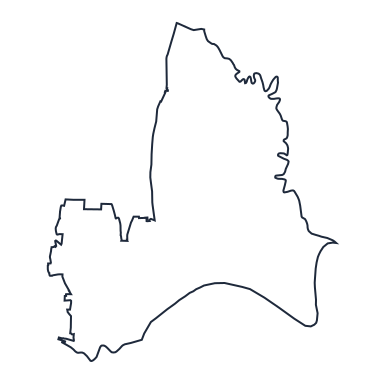 outline of Galati, Galati, Romania
{"feature_id": "2599482B19472284697606", "entity_name": "Galati", "entity_type": "district", "adm_level": 2, "iso_a3": "ROU", "parent_name": "Romania", "parent_adm1": "Galati", "projection": "orthographic", "projection_center": [28.069, 45.5], "detail": "fine", "context": "isolated", "style": "outline", "palette": "slate", "viewbox_px": 384, "rotation_deg": 0, "n_neighbors": 0, "source": "geoboundaries", "source_scale": "gbopen_adm2", "svg_char_len": 5786}
<svg xmlns="http://www.w3.org/2000/svg" viewBox="0 0 384 384"><path d="M141.8,339.8L144.2,333.5L150.9,322.0L156.0,318.2L167.3,309.2L175.1,303.6L179.3,300.1L185.2,296.3L189.7,292.9L193.3,291.3L196.2,289.2L200.1,287.5L204.0,285.5L214.9,283.2L224.6,283.0L242.1,286.9L250.0,289.1L264.5,297.7L279.3,307.9L294.3,318.7L305.3,325.8L310.8,326.4L314.3,324.7L316.2,322.8L316.9,320.4L317.6,313.2L315.9,304.8L316.0,299.8L314.9,287.3L314.7,282.8L314.9,279.6L315.7,268.5L316.6,262.5L317.9,257.0L319.1,254.1L320.5,251.3L323.3,247.0L327.7,243.4L332.8,242.6L336.2,243.0L334.4,241.4L332.7,240.3L327.3,238.0L321.5,236.7L318.9,235.8L315.4,234.8L311.6,233.6L309.0,231.3L308.6,230.8L307.9,229.1L307.6,227.6L307.5,225.4L307.1,223.6L306.3,221.4L305.3,219.5L304.9,219.0L302.2,217.5L301.6,216.6L300.2,205.8L299.2,200.7L298.5,198.8L297.6,196.7L294.6,191.7L294.0,190.9L293.0,190.4L291.1,190.6L287.6,191.8L286.1,192.1L284.4,192.4L283.8,192.2L283.5,191.4L283.4,190.9L283.5,190.1L284.8,185.4L285.6,181.9L285.8,180.7L285.5,179.9L284.5,179.4L282.1,178.9L278.4,178.8L277.4,178.6L275.7,177.9L275.3,177.7L275.2,177.3L275.3,176.3L275.7,175.8L276.1,175.6L282.0,175.0L282.8,174.7L283.8,174.0L285.1,171.7L285.8,168.9L288.1,163.9L288.6,161.6L288.4,161.1L287.8,160.5L287.0,159.9L283.8,158.7L279.5,156.5L278.2,155.8L278.0,155.3L278.1,154.4L278.4,154.0L279.1,153.4L280.5,153.2L283.5,153.4L284.3,153.6L286.8,155.3L287.2,155.1L287.4,154.9L287.7,153.2L288.1,149.0L288.1,148.3L287.6,146.0L287.2,145.0L286.0,143.2L283.7,141.2L283.7,140.2L284.1,139.6L286.5,138.4L287.1,137.4L287.6,135.7L287.7,134.9L287.7,132.7L287.9,129.0L287.6,126.3L287.0,122.9L286.8,122.1L286.2,121.5L285.1,121.1L283.1,120.8L282.7,120.5L282.2,119.9L281.8,118.9L280.7,115.6L279.8,113.8L277.2,110.2L276.5,108.9L276.3,108.2L276.5,106.9L277.1,104.9L279.2,101.9L279.9,100.2L280.0,99.2L279.6,98.6L278.9,98.3L278.1,98.3L276.1,98.5L273.8,98.9L272.3,98.9L270.9,98.8L270.1,98.4L269.2,97.7L268.5,96.7L268.5,96.0L268.6,95.6L269.1,95.2L271.7,94.1L274.8,92.5L275.6,91.9L276.1,90.9L276.6,89.8L277.0,88.2L278.0,82.6L277.8,80.6L277.8,77.8L277.5,77.0L277.3,76.8L276.7,76.6L275.9,76.8L275.5,77.1L274.0,78.8L273.1,79.9L271.5,82.6L270.5,84.6L269.8,86.6L268.9,88.5L266.8,90.8L265.7,91.2L265.4,91.2L264.7,90.8L264.3,90.0L263.6,87.4L263.2,85.0L262.5,82.2L261.1,78.2L260.4,75.9L260.1,75.2L259.7,74.6L258.8,73.8L258.1,73.5L256.4,73.1L255.3,73.3L254.5,73.5L254.2,73.8L254.1,74.2L253.9,75.0L253.8,75.7L254.0,77.1L254.3,78.2L255.1,79.8L255.2,80.9L254.9,81.7L254.4,82.6L253.6,83.4L252.8,83.6L251.9,83.1L251.6,82.7L251.2,80.9L251.0,79.3L250.7,77.9L250.3,76.9L249.7,76.5L248.9,76.8L247.9,78.3L247.2,79.9L246.7,81.7L246.0,82.9L245.7,83.1L245.1,83.2L244.6,79.8L244.3,79.4L243.6,79.1L243.1,79.2L242.4,79.7L240.5,81.6L239.7,81.8L239.4,81.7L236.5,78.5L235.6,77.1L235.3,76.4L235.3,75.8L235.4,75.3L236.0,74.4L237.2,73.4L239.3,72.0L239.4,71.8L239.3,71.1L237.1,70.0L235.7,68.8L234.8,67.3L234.0,65.0L233.5,64.4L232.7,62.9L230.9,60.3L229.5,59.1L228.9,58.8L227.2,58.4L224.8,58.2L223.8,57.6L222.9,56.7L222.6,56.2L219.6,50.1L218.0,47.3L216.8,45.9L216.1,45.3L214.0,44.0L212.2,43.9L211.4,43.5L208.1,41.2L207.2,39.9L206.7,39.0L205.7,36.1L204.4,31.8L204.2,30.9L204.2,29.5L201.3,28.9L193.7,30.1L190.9,29.2L177.5,23.2L176.7,23.0L173.7,33.9L171.4,41.5L167.6,54.6L167.0,55.7L166.6,57.1L166.4,58.8L166.8,84.8L166.5,88.0L167.2,88.1L166.9,89.8L167.0,89.9L167.0,90.2L167.9,90.3L167.8,90.9L165.4,90.7L164.9,92.0L165.4,92.2L165.4,92.4L161.1,101.6L160.4,101.3L158.1,106.5L157.2,109.3L156.2,121.5L154.5,128.2L153.3,133.7L152.8,136.9L152.2,144.1L151.6,154.2L151.4,164.6L150.4,172.1L150.3,177.4L150.9,182.3L152.1,191.5L152.3,202.4L152.6,205.2L154.7,220.4L150.9,218.9L150.3,219.2L149.3,220.3L149.3,220.7L149.5,221.0L147.3,221.2L146.6,221.1L146.5,219.1L147.5,219.0L147.4,217.5L145.0,217.7L145.0,217.9L139.0,218.1L138.9,216.7L133.6,216.7L132.0,220.6L131.0,222.5L127.3,234.6L127.2,236.0L127.3,239.7L126.9,239.7L127.0,240.3L127.3,240.9L121.3,240.7L121.6,239.9L121.5,239.2L121.3,238.5L121.0,236.0L120.6,235.1L120.7,234.9L120.8,232.5L120.6,230.9L120.5,225.4L120.2,223.3L119.0,218.7L118.5,217.9L118.2,217.7L117.2,217.8L116.0,218.5L115.6,218.1L115.0,215.3L113.8,210.8L112.1,205.2L111.5,204.1L101.4,203.8L101.1,209.4L84.0,209.2L84.5,199.8L73.4,199.8L65.6,199.4L64.1,205.8L62.1,205.4L61.3,205.6L60.8,207.0L60.1,211.2L60.0,211.7L60.0,212.3L59.6,217.4L59.6,217.7L60.0,218.0L60.1,218.3L60.0,218.6L59.2,219.0L58.5,220.9L56.8,225.6L55.9,227.2L55.7,228.6L55.9,230.9L56.2,232.3L56.7,234.2L57.0,234.5L57.6,234.6L59.3,234.1L62.6,234.2L61.6,243.7L61.1,244.7L56.6,240.9L55.9,240.5L55.2,241.0L55.4,242.2L56.2,246.0L55.5,246.9L54.5,246.2L53.8,247.0L51.6,247.2L51.6,247.8L51.3,248.5L51.0,251.3L49.9,256.6L50.0,257.9L50.3,259.0L50.9,262.5L50.6,263.4L48.1,263.5L48.2,265.2L47.9,265.3L47.8,265.5L47.8,269.3L48.2,271.3L49.0,273.0L49.3,273.1L49.3,273.8L49.6,275.3L49.9,275.7L50.6,275.8L51.7,275.6L52.0,275.8L52.9,275.3L58.1,274.4L60.3,274.3L62.5,274.4L62.4,276.7L65.0,283.4L65.3,283.9L69.3,290.9L69.0,291.0L71.0,294.2L66.8,294.1L66.5,294.3L66.0,294.3L66.0,294.8L66.1,295.9L64.8,296.0L64.6,300.6L70.4,300.2L71.1,300.8L71.1,303.0L70.0,309.6L67.2,309.6L67.5,310.8L67.6,311.9L69.0,313.8L71.0,316.1L70.8,327.8L70.2,333.3L71.3,333.5L71.8,334.3L72.2,334.4L72.8,334.4L73.8,334.1L73.5,337.6L73.9,340.2L73.9,340.5L73.7,340.9L66.0,338.7L64.7,338.7L63.1,338.2L62.2,338.4L58.9,337.5L58.4,339.3L60.8,340.0L65.1,341.4L64.8,342.3L61.4,342.0L66.1,344.6L70.8,347.3L73.4,349.4L75.2,351.3L76.7,352.4L78.0,352.8L81.0,352.5L82.4,352.6L84.1,353.4L87.0,356.2L90.5,360.8L91.7,361.0L93.3,360.2L95.1,358.6L96.6,356.9L100.1,347.3L101.0,346.0L101.6,345.6L102.2,345.5L103.8,345.5L105.5,346.3L107.2,347.8L110.4,351.1L111.6,352.2L113.3,352.5L115.1,352.3L116.4,351.6L119.3,349.0L122.0,346.0L123.0,345.2L124.8,344.3L130.7,343.0L141.8,339.8Z" fill="none" stroke="#1e293b" stroke-width="2"/></svg>